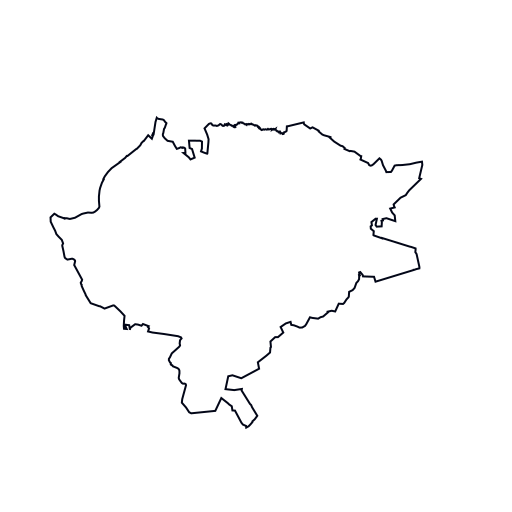 the district of Maltas pag., Rezeknes, Latvia, rotated 343°
{"feature_id": "27541924B14465730605778", "entity_name": "Maltas pag.", "entity_type": "district", "adm_level": 2, "iso_a3": "LVA", "parent_name": "Latvia", "parent_adm1": "Rezeknes", "projection": "albers", "projection_center": [27.185, 56.309], "detail": "fine", "context": "isolated", "style": "outline", "palette": "ink", "viewbox_px": 512, "rotation_deg": 343, "n_neighbors": 0, "source": "geoboundaries", "source_scale": "gbopen_adm2", "svg_char_len": 6044}
<svg xmlns="http://www.w3.org/2000/svg" viewBox="0 0 512 512"><g transform="rotate(343 256 256)"><path d="M436.3,230.5L434.8,229.3L441.7,217.5L442.3,214.3L436.6,213.6L430.0,213.2L422.1,211.7L417.1,210.3L415.0,210.1L411.0,214.1L409.6,215.1L405.2,213.9L405.1,212.2L404.0,206.3L404.0,201.8L403.7,200.4L402.6,198.7L395.1,202.6L393.2,203.2L391.9,203.1L391.4,202.7L390.8,202.1L390.4,199.9L384.1,194.3L384.8,193.4L385.8,191.3L385.1,190.9L380.7,185.0L377.2,183.2L376.3,183.2L371.9,179.5L372.4,178.7L370.9,176.3L369.1,175.2L364.2,169.4L361.2,164.4L362.7,164.5L356.3,160.4L354.9,159.2L352.3,155.1L352.6,154.5L347.7,149.5L345.1,149.9L340.6,144.2L340.5,143.2L340.7,142.2L323.8,141.2L323.7,140.3L321.9,145.2L321.5,145.6L319.4,146.0L319.1,145.9L318.1,147.3L317.4,147.2L317.6,146.5L317.5,146.4L316.9,146.3L316.7,146.1L315.5,146.0L315.7,145.5L315.3,144.1L314.5,144.5L314.5,144.1L314.1,144.1L314.1,143.7L313.5,143.6L313.4,143.3L312.8,143.0L312.8,142.7L312.2,142.3L312.2,141.8L311.4,140.6L311.7,140.2L311.1,140.4L310.9,140.1L310.6,140.2L310.4,140.0L310.1,140.4L309.5,140.1L309.5,139.7L308.3,140.0L308.7,139.4L308.1,139.2L308.1,138.9L308.5,138.7L307.5,138.9L306.9,138.7L306.4,138.9L305.1,138.7L304.6,137.9L303.4,138.4L301.9,137.5L300.8,137.6L299.9,136.9L299.2,137.2L298.2,137.2L297.5,136.2L297.5,135.9L297.1,135.6L297.2,135.2L296.6,134.9L297.0,134.6L296.8,134.0L296.1,133.5L296.3,133.1L295.8,132.5L295.4,132.6L295.2,131.6L293.8,130.8L293.3,131.1L293.0,131.0L292.0,129.7L291.5,129.5L290.2,128.1L289.8,128.5L288.4,127.9L287.9,128.1L287.6,127.6L286.7,127.8L285.9,127.1L285.4,127.2L285.2,127.6L284.8,127.0L284.1,127.0L283.7,126.3L282.5,125.3L282.2,124.5L281.4,124.5L281.2,124.1L280.7,123.7L279.4,123.8L278.9,123.4L278.4,123.4L278.4,123.8L278.1,123.6L277.9,124.1L277.4,124.0L275.8,124.9L274.7,124.8L274.4,124.5L274.1,124.5L273.5,125.1L274.0,126.6L273.7,126.7L273.4,126.4L272.9,126.5L272.1,125.6L272.1,124.7L270.7,124.3L270.4,123.5L269.0,122.5L268.9,121.8L268.4,121.1L267.2,122.7L267.0,122.8L266.8,122.4L266.8,121.4L266.6,121.2L265.8,121.2L265.7,121.3L265.8,121.9L265.6,122.1L264.6,121.0L263.6,122.1L262.5,122.0L261.9,121.4L261.3,120.1L260.3,119.3L258.4,120.1L257.4,120.2L256.4,120.1L255.7,119.5L253.4,118.8L252.6,118.1L252.0,116.2L251.2,115.8L249.6,115.9L244.1,118.9L244.8,125.6L244.8,130.4L243.8,133.2L239.4,143.8L239.2,143.9L236.7,142.1L234.0,139.9L235.7,137.4L237.8,130.8L236.2,129.4L225.6,126.1L224.1,133.3L226.1,135.0L226.1,144.0L221.6,144.5L220.6,142.0L216.8,136.3L218.7,136.7L219.7,132.4L218.9,131.4L217.3,131.1L217.4,130.7L217.1,130.7L215.6,130.0L214.4,130.3L211.6,130.4L210.7,127.1L209.8,122.4L205.1,120.0L203.2,116.8L202.2,114.2L202.2,113.6L202.4,112.7L202.7,112.0L203.3,111.3L205.2,107.6L206.3,106.7L208.4,103.8L209.0,103.2L209.2,102.7L208.3,101.2L207.7,99.3L207.4,98.9L206.7,98.2L202.9,96.4L201.8,95.4L201.5,94.8L199.1,98.4L193.9,109.2L193.4,108.6L192.2,110.0L192.9,110.4L190.7,113.4L188.2,109.0L182.4,113.2L182.1,113.1L179.6,114.4L177.7,116.3L173.3,118.7L172.7,118.7L162.3,122.8L161.7,122.5L159.6,123.9L153.4,126.2L153.6,126.5L143.6,129.8L139.0,132.4L134.7,135.6L132.5,137.8L132.8,138.2L130.1,140.9L126.8,145.4L125.5,147.7L123.2,153.1L121.9,157.4L120.7,163.0L119.8,164.1L117.5,165.5L115.0,166.5L113.1,166.9L111.4,166.6L108.0,165.3L103.2,164.9L101.5,164.9L94.1,166.5L89.2,166.2L88.5,166.0L86.0,164.5L84.0,164.3L84.1,163.8L82.9,163.4L78.4,160.1L76.9,158.1L75.5,156.6L70.8,159.0L69.7,163.2L70.6,169.3L71.3,173.1L71.5,176.7L72.8,179.6L75.0,183.8L75.2,187.6L73.9,189.0L73.7,189.7L73.3,195.1L72.7,200.4L72.7,201.6L73.0,202.4L74.6,204.3L79.4,204.8L80.7,205.8L81.6,207.3L81.5,208.1L79.5,211.5L82.8,227.8L82.2,228.8L80.6,230.3L80.5,231.6L80.9,232.5L80.5,233.5L81.2,239.1L81.8,243.0L81.7,243.7L84.1,252.8L91.4,258.2L92.2,258.5L95.8,262.0L105.0,261.5L105.9,261.9L106.6,263.0L110.1,269.2L112.8,274.8L111.0,279.0L109.1,284.2L108.5,287.0L111.0,288.0L110.6,285.3L111.4,283.7L114.5,285.1L114.0,288.9L114.2,289.0L114.9,287.9L120.5,285.9L123.1,287.1L126.1,289.2L128.0,288.0L132.8,291.7L131.9,292.3L132.6,293.9L130.7,296.6L134.6,298.9L145.0,303.6L158.0,309.9L160.5,311.9L160.7,313.1L159.3,313.9L158.6,314.6L157.4,317.4L157.3,318.9L157.2,319.4L155.9,320.4L147.0,324.5L144.0,327.8L142.7,328.8L142.2,330.2L142.7,332.7L143.3,333.6L142.8,334.5L143.2,335.6L144.0,336.0L144.3,337.2L147.8,340.0L148.8,341.1L149.2,342.2L149.2,343.4L148.5,345.8L146.5,349.9L146.4,350.8L146.5,351.7L147.9,355.7L148.8,356.7L150.5,357.2L151.3,358.0L151.3,359.1L143.6,371.3L142.2,374.6L144.8,380.4L146.4,385.9L148.1,387.5L171.8,392.2L181.3,381.7L186.1,388.6L186.9,390.1L188.9,392.6L188.3,396.8L190.7,397.7L193.3,411.1L194.2,413.4L196.8,415.6L196.5,417.2L199.1,416.7L201.3,415.5L204.0,413.8L204.2,413.1L207.0,411.8L210.5,409.2L208.0,399.4L207.8,397.1L207.0,395.7L202.9,380.4L203.6,379.0L196.0,377.9L187.9,374.4L194.3,362.9L198.6,363.2L206.2,368.6L226.0,364.7L226.7,358.2L236.7,354.4L241.2,352.4L243.0,347.9L243.7,347.4L244.8,342.0L250.6,339.2L253.3,340.0L259.7,337.2L258.8,331.1L264.8,329.2L269.8,329.1L269.6,332.2L271.9,333.3L274.8,335.5L276.7,337.2L279.2,337.9L282.4,337.2L284.0,336.0L289.7,330.4L291.6,331.6L297.1,334.1L299.8,333.4L302.5,333.5L308.4,330.9L308.3,330.2L312.4,330.5L315.5,332.2L321.2,325.8L325.2,327.3L326.6,326.7L329.8,324.0L332.4,322.5L332.9,321.9L334.6,317.5L338.4,316.9L340.9,315.4L344.1,311.1L346.2,309.9L347.8,308.3L348.8,305.4L348.9,304.5L349.6,304.7L349.5,303.2L349.8,302.7L349.8,301.9L351.0,301.8L352.4,305.2L352.5,305.6L352.4,306.8L362.8,310.4L362.8,315.5L401.5,315.5L402.6,315.5L402.7,315.3L403.5,315.5L405.5,315.4L408.6,315.6L408.7,315.3L408.9,314.9L409.1,313.8L410.1,301.5L410.1,300.9L409.5,298.9L410.5,296.5L410.8,295.4L406.9,292.6L405.8,292.0L381.9,275.7L381.8,276.0L374.7,270.8L374.4,270.3L375.9,266.7L373.8,263.5L374.3,261.2L375.8,260.6L376.3,257.3L381.3,255.3L382.5,255.7L379.4,261.3L380.0,263.2L384.8,264.4L386.2,260.6L386.3,259.0L387.8,259.1L387.9,257.7L391.8,258.0L399.4,263.4L400.5,257.7L398.9,254.3L398.2,249.9L402.8,250.1L402.6,248.7L402.7,246.9L411.3,242.5L417.0,241.6L419.3,239.7L421.7,238.0L436.3,230.5Z" fill="none" stroke="#020617" stroke-width="2"/></g></svg>